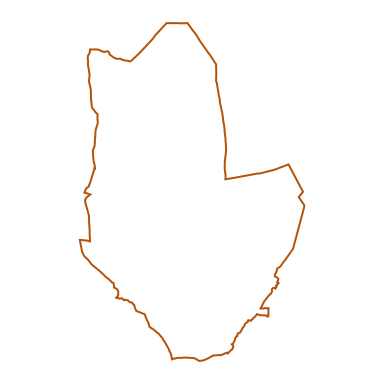 outline of Kiteto, Manyara, United Republic of Tanzania
{"feature_id": "72390352B80776151350042", "entity_name": "Kiteto", "entity_type": "district", "adm_level": 2, "iso_a3": "TZA", "parent_name": "United Republic of Tanzania", "parent_adm1": "Manyara", "projection": "robinson", "projection_center": [36.709, -5.194], "detail": "fine", "context": "isolated", "style": "outline", "palette": "amber", "viewbox_px": 384, "rotation_deg": 0, "n_neighbors": 0, "source": "geoboundaries", "source_scale": "gbopen_adm2", "svg_char_len": 5852}
<svg xmlns="http://www.w3.org/2000/svg" viewBox="0 0 384 384"><path d="M91.2,263.9L93.4,266.0L95.3,267.4L96.9,268.9L98.3,269.8L100.0,271.4L102.0,273.1L105.6,276.7L107.3,278.1L108.5,278.9L112.0,282.4L113.5,283.0L113.8,283.6L113.7,284.6L113.9,285.3L114.0,286.1L114.1,287.0L114.0,287.5L114.6,287.7L115.5,288.3L116.6,288.8L117.1,289.2L117.2,289.7L118.0,290.7L118.3,291.9L118.2,294.6L118.0,295.8L117.6,296.4L116.2,297.7L116.7,298.0L117.2,298.1L118.6,298.2L118.9,298.3L119.2,298.6L119.6,298.7L120.1,298.5L120.7,298.5L121.3,298.3L121.7,298.5L122.5,298.5L123.0,299.2L123.5,299.7L123.8,300.2L124.2,300.1L125.1,299.7L125.3,299.7L127.0,300.2L127.8,300.3L128.8,301.4L129.3,301.8L130.8,302.5L131.9,302.5L132.2,302.6L132.4,302.9L133.2,304.4L134.2,305.0L134.5,305.7L134.8,307.3L135.0,308.0L136.3,310.8L137.4,311.4L142.4,313.3L144.5,314.2L145.0,314.6L145.2,315.1L145.3,316.3L146.1,317.9L146.9,320.1L147.6,321.1L148.3,322.8L148.6,323.2L148.8,324.3L149.0,324.8L149.4,326.6L149.8,326.8L150.2,327.3L151.8,328.5L152.5,328.8L153.0,329.1L153.8,329.9L155.1,330.8L156.8,332.4L158.0,333.1L158.8,333.8L159.6,334.9L160.1,335.3L160.9,336.5L161.4,337.0L162.4,338.0L163.2,339.7L164.1,341.1L164.4,341.2L166.6,345.2L167.9,347.6L168.5,348.4L169.0,350.0L170.7,353.6L171.1,354.6L172.0,359.4L172.3,359.3L172.6,359.0L173.4,358.7L174.5,358.5L175.0,358.6L176.2,358.1L177.3,358.0L178.0,357.8L179.2,357.8L179.8,357.7L180.8,357.9L181.7,357.9L184.1,357.5L184.8,357.6L185.3,357.7L186.5,357.6L187.6,357.6L190.2,357.9L192.6,358.0L194.4,358.3L195.3,358.6L196.3,359.3L196.7,359.4L197.2,359.7L198.8,360.8L199.4,361.0L200.1,360.8L200.5,360.8L201.5,360.7L204.2,360.1L204.7,359.8L205.6,359.5L208.2,358.3L213.1,355.5L214.2,355.5L218.4,355.1L221.0,355.1L227.1,352.6L227.3,352.9L227.7,353.5L227.8,353.5L230.3,350.8L231.2,350.1L232.4,349.1L232.5,348.5L232.8,348.3L232.9,347.7L233.3,346.8L233.4,346.4L232.8,345.2L232.0,344.7L231.8,344.3L232.6,344.1L233.2,343.6L233.4,343.3L233.7,342.1L234.7,340.8L235.3,337.8L235.8,337.1L236.0,337.0L236.6,336.4L236.9,336.4L237.3,336.2L237.4,335.5L237.2,334.9L237.9,333.4L238.7,333.3L240.1,332.5L242.4,328.7L242.7,327.9L243.2,327.2L243.9,326.7L244.9,324.2L245.3,323.6L246.8,322.4L247.6,322.1L247.8,321.7L247.9,320.8L248.1,320.3L248.3,320.2L250.3,320.6L251.0,320.8L251.3,320.2L252.0,319.5L252.6,319.2L252.7,318.7L253.3,318.0L254.4,317.2L255.6,316.0L257.1,314.1L258.2,314.7L258.8,314.7L259.1,315.0L260.5,315.3L261.9,315.2L263.2,315.4L264.6,315.3L266.4,315.7L267.3,315.6L267.7,315.7L267.4,316.4L268.3,316.5L268.4,312.5L268.4,309.5L268.5,308.2L267.0,308.3L265.0,308.1L263.0,308.5L261.4,308.6L260.6,308.5L262.0,305.7L264.3,301.1L265.6,299.7L269.2,295.0L269.7,294.5L271.0,293.7L271.8,292.0L272.0,291.2L272.1,290.3L271.9,289.5L272.1,288.8L272.7,288.2L274.0,287.8L275.1,288.3L275.3,288.6L275.6,288.6L276.0,287.5L276.4,287.2L276.6,286.8L276.5,286.5L276.1,286.3L276.0,286.0L276.1,285.7L276.6,285.1L277.6,284.4L278.6,283.2L278.5,282.9L277.1,282.5L277.1,282.1L278.3,279.6L278.4,279.1L277.4,277.9L276.9,277.4L276.4,277.1L275.1,276.5L274.8,276.3L274.8,276.0L274.9,274.6L275.1,274.0L275.9,273.0L276.2,272.3L276.6,271.4L277.0,269.3L277.2,268.7L277.4,268.4L279.5,267.1L280.8,266.0L282.6,263.2L284.9,260.4L293.0,248.9L304.2,207.1L304.2,205.1L298.7,197.0L303.0,191.8L288.5,164.4L274.6,169.7L260.1,173.4L256.6,173.7L233.9,177.9L225.4,179.3L225.5,178.2L225.6,175.0L225.3,174.1L225.4,173.4L224.8,170.0L224.8,169.3L224.7,167.6L224.8,167.1L224.7,166.0L224.8,162.8L224.7,162.1L224.8,161.1L225.0,160.6L225.0,159.7L225.3,158.0L226.1,150.7L226.1,149.7L226.0,148.2L226.1,146.3L225.9,145.6L225.9,144.4L225.5,140.7L225.5,138.3L225.0,134.8L224.5,130.3L224.6,128.6L223.6,122.7L223.2,121.0L223.1,119.3L222.2,112.6L221.1,107.8L220.9,106.6L220.2,104.0L219.8,101.6L219.9,101.0L219.8,100.2L219.4,97.8L218.9,95.6L218.6,95.0L218.7,94.2L218.0,90.0L217.3,86.3L217.0,83.6L216.1,80.9L216.2,76.5L216.3,75.3L216.1,64.3L210.4,55.6L207.6,51.9L204.6,47.5L203.0,45.4L202.4,44.3L201.3,43.0L199.5,40.2L196.7,35.5L195.1,33.3L192.2,29.7L190.3,26.9L188.7,24.8L187.6,23.1L187.4,23.0L186.0,23.3L183.8,23.2L181.9,23.4L177.1,23.1L172.7,23.2L170.5,23.1L168.7,23.2L166.5,23.1L165.9,23.9L163.3,26.5L159.6,30.7L158.5,31.8L157.6,32.9L155.7,34.7L154.4,36.4L153.7,37.6L150.9,40.9L150.0,41.8L147.4,44.5L145.1,47.2L144.0,48.2L140.9,51.6L135.4,57.0L133.3,58.8L131.4,60.7L130.2,61.3L129.1,61.3L128.6,61.0L127.8,60.7L126.3,60.7L124.3,60.3L123.0,59.8L122.0,59.9L121.0,58.9L120.1,58.7L118.8,58.7L118.3,58.9L117.3,58.9L115.3,58.3L113.7,57.5L111.6,56.0L109.5,54.4L109.3,52.8L109.1,52.4L107.8,51.3L107.5,51.3L105.9,51.6L105.4,51.7L104.5,52.0L104.2,52.0L103.2,51.6L102.8,51.7L102.6,51.6L101.4,51.2L99.4,49.9L96.1,49.4L95.2,49.4L94.1,49.5L92.0,49.5L91.1,49.4L90.1,49.4L89.9,51.4L89.6,52.9L88.9,54.3L88.2,55.2L87.9,56.0L87.8,56.6L87.8,59.3L88.0,60.2L88.1,61.8L87.9,64.4L89.6,74.6L89.1,80.2L88.9,81.1L89.9,85.3L89.8,85.6L90.2,86.6L90.4,87.6L90.9,90.6L91.0,92.1L90.7,93.0L90.9,94.3L91.0,96.7L91.0,98.8L91.2,99.8L91.1,100.8L91.3,101.3L91.3,101.8L91.5,103.5L91.7,104.0L91.6,104.6L91.6,105.3L91.8,105.7L91.9,106.9L92.4,108.2L92.8,108.7L93.2,109.1L93.5,109.4L94.0,110.2L95.5,112.2L96.5,113.2L97.1,113.9L97.3,113.9L97.5,114.2L97.6,114.8L97.5,115.8L97.5,118.4L97.7,121.6L97.7,123.6L97.4,124.5L96.8,126.0L96.7,126.6L95.8,129.2L95.6,130.5L95.4,132.2L95.3,136.0L95.1,137.0L95.2,137.5L94.9,138.8L94.9,140.8L94.8,141.4L94.9,143.2L94.6,144.0L94.7,144.9L94.5,146.5L93.7,147.9L92.9,150.6L93.0,154.5L93.6,160.8L93.9,162.5L94.3,163.5L94.8,166.3L95.0,168.5L94.4,168.2L94.1,169.8L93.0,173.2L92.2,176.0L89.7,183.9L88.9,185.5L88.9,186.1L88.8,186.5L88.3,187.0L87.1,187.6L86.1,188.7L85.3,190.4L85.1,191.1L84.7,192.0L84.4,192.7L85.6,192.9L90.3,194.5L87.0,197.1L86.0,198.1L85.1,200.2L85.4,202.8L89.0,215.7L89.1,222.6L89.6,229.6L89.7,235.1L90.0,241.4L87.0,240.6L82.4,240.1L79.8,239.9L82.1,251.8L84.4,256.4L88.0,259.6L91.2,263.9Z" fill="none" stroke="#b45309" stroke-width="2"/></svg>